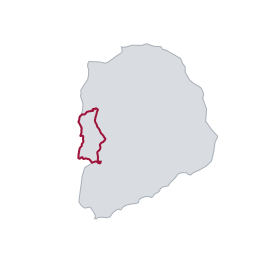 location of Rivera within Uruguay, rotated 234°
{"feature_id": "URY-14", "entity_name": "Rivera", "entity_type": "Department", "adm_level": 1, "iso_a3": "URY", "parent_name": "Uruguay", "parent_adm1": "", "projection": "robinson", "projection_center": [-55.345, -31.483], "detail": "fine", "context": "in_parent", "style": "outline", "palette": "rose", "viewbox_px": 256, "rotation_deg": 234, "n_neighbors": 0, "source": "natural_earth", "source_scale": "10m", "svg_char_len": 4104}
<svg xmlns="http://www.w3.org/2000/svg" viewBox="0 0 256 256"><g transform="rotate(234 128 128)"><path d="M197.5,170.3L196.1,171.6L194.6,174.0L192.7,179.8L186.7,187.8L185.4,192.3L178.9,197.0L174.4,202.4L171.4,202.2L168.7,204.5L153.2,211.4L147.7,210.1L143.6,210.1L139.8,207.1L131.1,206.0L125.6,207.2L118.3,210.5L116.1,210.5L114.5,210.3L110.5,208.9L108.3,206.0L97.0,202.6L87.9,194.8L77.2,194.7L69.0,195.7L67.7,194.7L66.8,192.7L65.1,189.8L58.0,183.0L52.3,176.2L51.2,169.5L51.9,162.2L53.5,153.7L53.1,151.0L55.2,149.4L57.2,149.1L59.2,146.9L60.9,143.6L61.2,141.0L59.8,136.3L58.8,129.7L57.6,126.4L59.9,121.3L59.9,118.7L58.6,116.5L58.2,114.3L58.8,111.9L58.7,109.7L57.8,107.5L58.4,105.8L60.5,104.3L62.0,102.2L63.0,99.3L63.6,97.1L63.6,95.5L62.9,94.1L61.6,92.7L62.2,90.0L64.6,86.0L66.2,82.4L66.9,79.2L66.9,76.7L66.0,74.8L66.4,73.5L67.9,72.8L68.5,70.7L68.3,65.7L66.7,61.5L67.8,58.2L71.3,54.4L73.1,51.3L73.2,48.9L74.3,47.6L75.9,50.1L80.9,50.8L85.8,50.9L86.6,50.3L88.5,46.1L91.1,44.9L93.9,44.6L97.0,44.8L100.2,47.6L109.5,56.6L116.2,62.8L118.3,65.7L120.1,68.0L121.4,70.0L120.9,75.4L120.9,77.7L121.3,78.4L122.8,78.4L125.1,78.0L127.0,76.9L128.5,75.2L130.0,73.8L131.2,73.0L131.6,71.9L132.3,70.7L133.0,70.5L134.3,71.3L137.5,74.4L139.9,77.2L140.5,78.8L141.4,80.5L142.4,82.0L143.1,83.4L145.5,85.3L147.9,86.5L149.5,85.3L153.6,89.1L162.6,92.4L164.2,94.3L165.7,97.1L168.9,101.4L173.2,105.2L176.7,106.8L180.0,107.7L181.9,108.5L183.2,110.0L185.2,111.5L186.5,112.1L186.9,113.5L188.3,116.6L189.6,120.5L191.1,124.1L194.3,127.5L198.0,130.2L201.8,131.7L203.9,133.6L204.8,135.6L202.3,138.5L199.4,142.2L197.0,145.0L194.4,147.0L193.6,148.4L193.0,150.6L193.0,161.9L192.7,166.2L192.9,167.3L193.3,168.1L194.8,169.2L196.7,170.1L197.5,170.3Z" fill="#d9dde1" stroke="#a8b0b8" stroke-width="1"/><path d="M126.8,77.1L127.9,76.3L128.3,75.9L128.5,75.4L128.8,74.2L129.2,73.7L129.8,73.7L130.5,73.8L131.1,73.9L131.5,73.5L131.6,72.9L131.5,71.4L131.6,70.8L132.1,70.4L132.7,70.2L133.3,70.4L134.1,71.4L135.2,72.0L135.7,72.4L136.3,73.2L137.7,74.4L139.8,76.9L140.2,77.6L140.4,78.1L140.5,79.4L140.7,80.0L141.0,80.3L142.0,80.9L142.3,81.5L142.7,82.9L143.0,83.5L143.4,84.1L143.9,84.4L145.1,84.8L145.6,85.2L147.0,86.5L147.6,86.8L148.0,86.9L148.4,86.7L148.8,86.2L149.3,85.0L149.7,84.9L150.2,85.6L150.7,86.4L151.4,87.4L152.3,88.3L153.5,88.8L153.8,89.2L154.2,89.7L154.5,90.0L154.9,90.3L155.8,90.7L160.6,91.4L161.6,91.4L162.1,91.5L162.4,91.9L163.0,93.0L163.3,93.4L164.8,94.7L165.2,95.2L165.6,95.8L165.7,96.4L165.8,97.8L166.0,98.6L165.9,98.8L165.5,99.6L165.4,99.7L165.2,99.9L164.9,100.2L164.7,100.6L164.5,100.9L164.5,101.7L165.0,103.3L165.1,104.1L165.0,104.7L164.3,106.5L163.8,107.2L163.5,108.2L162.5,109.6L162.9,110.0L163.4,110.1L163.8,110.2L163.9,110.8L163.7,111.3L163.0,111.8L162.7,112.3L163.0,112.8L162.9,113.4L162.5,113.9L161.8,114.1L161.2,114.2L160.6,114.4L160.1,113.9L159.9,113.6L159.6,112.8L159.2,112.2L158.2,111.2L157.7,110.5L156.5,109.1L156.0,108.2L155.5,107.7L154.7,107.0L154.6,106.9L154.1,106.1L153.9,105.9L153.2,105.5L151.9,105.0L151.5,104.9L149.3,104.7L148.7,104.5L147.6,104.0L147.2,103.9L146.3,103.9L145.1,104.0L143.3,103.9L140.4,103.2L139.6,103.1L139.2,103.1L138.4,103.3L135.9,103.5L135.1,103.4L134.3,103.2L134.1,103.2L133.9,103.2L133.4,103.4L133.2,103.5L132.8,103.4L132.6,103.3L132.4,103.1L132.0,102.6L131.8,102.1L131.7,101.8L131.6,101.6L131.7,101.0L131.7,100.8L131.6,100.6L131.4,100.3L131.4,100.2L131.3,99.8L131.3,99.3L131.4,98.9L131.7,98.2L131.7,97.8L131.7,97.6L131.6,97.3L131.3,96.1L131.2,95.8L131.0,95.5L130.8,95.3L130.6,95.2L130.0,94.9L129.0,94.6L128.8,94.5L128.6,94.3L127.6,93.4L127.4,93.1L127.3,92.9L126.8,91.4L126.8,91.2L126.8,90.6L126.8,90.1L126.7,89.6L126.4,89.0L126.2,88.8L126.1,88.7L125.6,88.3L123.5,87.4L122.1,86.6L119.7,84.7L119.1,84.5L118.6,84.5L118.4,84.5L117.9,84.7L117.5,85.1L116.8,86.1L116.6,85.8L116.1,85.3L116.0,85.1L115.9,84.9L115.9,84.7L116.0,84.5L116.1,84.3L116.3,84.0L116.7,83.7L117.1,83.5L119.1,82.9L119.5,82.7L119.8,82.4L120.1,81.7L120.3,81.2L121.1,78.5L121.8,78.4L123.8,78.5L124.7,78.3L125.4,78.3L125.6,78.2L125.9,78.0L126.0,77.8L126.1,77.6L126.3,77.4L126.8,77.1Z" fill="none" stroke="#9f1239" stroke-width="2"/></g></svg>